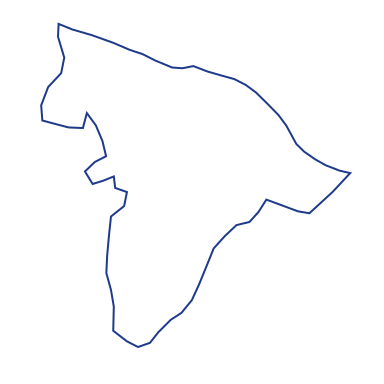 Olinda, Pernambuco, Brazil, rotated 274°
{"feature_id": "56859067B62433131631908", "entity_name": "Olinda", "entity_type": "district", "adm_level": 2, "iso_a3": "BRA", "parent_name": "Brazil", "parent_adm1": "Pernambuco", "projection": "orthographic", "projection_center": [-34.866, -7.998], "detail": "fine", "context": "isolated", "style": "outline", "palette": "blue", "viewbox_px": 384, "rotation_deg": 274, "n_neighbors": 0, "source": "geoboundaries", "source_scale": "gbopen_adm2", "svg_char_len": 1001}
<svg xmlns="http://www.w3.org/2000/svg" viewBox="0 0 384 384"><g transform="rotate(274 192 192)"><path d="M350.4,47.2L337.5,47.5L317.2,55.2L301.4,53.2L286.7,41.2L268.0,35.5L252.9,37.7L250.7,49.0L247.8,64.3L248.2,78.7L263.4,81.6L251.8,91.4L236.6,99.1L221.7,103.8L215.1,92.9L205.0,83.8L193.1,92.3L197.0,102.5L202.1,112.9L190.7,115.1L187.4,127.1L173.3,125.3L161.9,112.9L142.3,112.2L122.1,111.8L105.2,112.2L88.7,118.0L72.2,122.0L48.1,123.1L38.6,137.3L33.6,148.9L38.6,160.6L49.8,168.2L63.2,179.9L70.7,189.9L84.1,199.4L100.6,205.6L116.4,210.8L137.3,217.6L150.3,227.8L162.1,238.7L166.1,251.4L176.8,259.8L189.6,266.7L184.1,285.5L180.1,299.1L179.0,310.6L201.7,332.1L221.9,348.5L223.6,337.7L228.0,323.5L233.1,312.8L239.9,301.3L247.1,292.8L264.7,281.5L274.8,272.9L284.5,262.0L295.7,248.9L302.5,238.3L307.6,226.3L310.4,212.5L313.3,199.0L317.7,184.6L314.8,173.9L314.8,163.5L320.5,146.4L326.0,133.3L329.5,119.8L335.3,103.1L341.4,81.4L345.8,61.2L350.4,47.2Z" fill="none" stroke="#1e3a8a" stroke-width="2"/></g></svg>